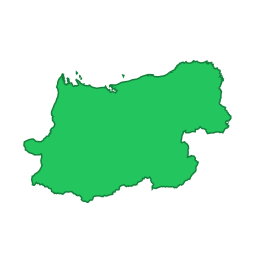 Bolaang Mongondow, Sulawesi Utara, Indonesia (Robinson projection), rotated 11°
{"feature_id": "22746128B99982169683342", "entity_name": "Bolaang Mongondow", "entity_type": "district", "adm_level": 2, "iso_a3": "IDN", "parent_name": "Indonesia", "parent_adm1": "Sulawesi Utara", "projection": "robinson", "projection_center": [124.032, 0.721], "detail": "fine", "context": "isolated", "style": "filled", "palette": "green", "viewbox_px": 256, "rotation_deg": 11, "n_neighbors": 0, "source": "geoboundaries", "source_scale": "gbopen_adm2", "svg_char_len": 5749}
<svg xmlns="http://www.w3.org/2000/svg" viewBox="0 0 256 256"><g transform="rotate(11 128 128)"><path d="M193.0,48.0L192.7,47.3L190.4,49.0L187.3,50.3L184.1,50.0L183.0,49.3L181.7,50.0L179.6,49.6L179.6,50.5L179.1,50.2L177.9,51.8L175.8,52.8L173.2,52.8L172.4,51.9L171.8,52.3L171.1,53.5L170.5,53.6L169.5,52.9L167.3,54.2L167.2,54.8L166.4,54.7L165.5,56.4L164.9,56.7L164.8,57.3L164.2,57.4L164.3,58.8L163.5,59.3L163.0,60.3L163.4,60.8L162.8,61.7L159.0,64.8L159.5,65.0L158.5,65.2L155.8,68.3L153.1,70.1L148.1,71.9L144.4,72.5L143.6,72.3L142.5,71.5L141.2,71.9L141.8,71.1L138.1,71.6L137.9,71.9L138.7,71.7L137.8,72.6L137.8,72.0L137.1,71.9L130.9,75.3L130.7,75.9L127.3,78.4L123.4,79.7L119.7,82.0L113.0,84.4L108.7,87.8L107.2,88.3L102.6,89.0L102.0,89.7L102.1,90.6L102.6,90.1L103.6,90.6L103.9,90.3L104.9,90.5L104.4,91.3L105.4,92.3L105.3,93.0L107.6,91.5L107.8,93.1L110.1,93.2L109.3,95.5L109.1,95.2L107.6,95.7L105.6,94.9L105.1,95.7L103.8,96.3L103.3,95.9L102.8,94.0L102.4,93.9L101.9,94.7L101.2,94.7L100.9,94.1L98.8,92.8L98.9,92.4L98.0,91.3L97.4,92.8L94.7,93.2L89.8,95.0L84.4,94.7L82.3,93.3L81.7,93.3L81.3,94.3L76.8,94.5L76.3,94.2L76.3,93.3L74.7,94.1L74.1,93.5L73.0,93.3L71.7,91.8L68.0,90.3L67.9,90.8L68.3,90.8L68.9,92.1L71.0,94.2L71.1,95.5L70.6,96.1L69.9,96.1L69.3,96.6L67.6,96.6L67.2,97.4L66.5,97.5L65.5,97.0L65.1,96.0L64.6,95.7L64.0,94.6L62.5,95.3L60.9,92.8L60.6,91.3L59.4,90.5L58.9,91.0L59.8,92.2L59.7,93.3L61.5,95.3L61.0,95.4L60.5,96.5L60.1,96.1L59.2,97.2L58.6,96.9L58.3,97.3L56.6,96.0L57.0,95.3L56.9,93.8L56.6,93.6L56.5,94.2L55.5,94.1L55.3,93.2L56.0,91.9L55.5,90.8L55.4,91.6L54.4,92.2L54.1,89.6L54.4,87.7L53.4,87.5L53.0,88.4L53.2,89.3L51.1,92.8L50.3,96.3L50.6,97.8L50.2,101.7L51.5,102.8L53.0,106.4L53.2,111.7L52.6,112.5L52.3,116.1L51.4,118.6L49.9,126.7L50.3,129.0L50.9,130.2L52.4,130.9L51.8,132.2L52.6,135.2L54.0,136.1L55.4,138.1L55.3,140.0L54.6,141.8L53.1,142.9L52.3,145.2L52.9,145.5L52.6,146.2L53.1,146.6L52.6,147.4L52.9,148.3L52.2,148.3L51.7,149.5L51.7,151.1L49.6,151.7L49.2,152.8L47.5,154.8L47.1,156.4L45.0,158.2L40.0,158.7L38.2,157.4L36.9,156.9L34.0,157.9L31.6,159.3L28.9,161.5L29.2,165.1L31.0,166.8L31.5,169.1L32.9,169.4L35.5,171.0L39.0,171.3L41.3,172.2L46.4,171.1L47.7,169.9L48.1,170.2L48.3,171.5L48.9,172.0L48.7,176.4L49.7,179.4L50.5,180.2L50.6,182.4L49.4,186.3L48.2,188.4L45.4,191.1L44.4,193.1L43.2,193.6L43.4,195.7L43.2,196.9L45.0,200.5L45.0,201.9L46.1,202.2L47.1,201.9L48.5,199.0L49.8,199.8L50.6,199.4L51.5,199.5L52.4,200.5L54.8,199.4L55.5,200.4L56.9,200.6L57.7,201.6L60.2,200.8L61.9,202.3L64.2,202.3L65.1,204.7L67.7,205.7L68.2,206.3L68.9,205.8L70.5,206.0L71.2,205.3L73.5,205.5L74.3,205.0L76.6,205.5L78.4,203.1L79.8,202.3L81.3,202.3L84.9,201.1L85.9,202.0L86.6,202.0L87.1,202.8L88.8,202.7L89.3,203.2L90.1,203.3L90.3,203.9L91.8,204.0L92.6,203.4L93.4,203.4L96.1,205.4L95.8,207.1L97.3,208.1L98.9,208.3L100.1,208.0L102.2,208.7L103.0,208.4L104.4,206.1L106.6,205.5L107.0,204.3L107.0,202.7L107.5,201.8L110.0,200.6L113.1,200.0L115.1,200.3L117.0,199.9L117.5,198.6L119.8,198.9L122.9,197.0L125.4,196.1L125.8,195.5L125.3,195.1L125.1,194.5L125.8,193.6L127.4,193.3L127.6,191.6L128.7,190.7L130.8,190.4L131.1,189.0L130.8,187.5L132.0,186.1L135.1,184.4L136.6,185.5L137.7,185.8L139.1,184.7L139.6,185.1L140.0,184.6L142.8,184.3L144.7,182.3L145.7,182.7L147.4,181.9L148.0,179.5L151.6,177.1L152.1,174.7L153.3,174.9L153.7,173.2L155.0,173.0L156.5,173.7L158.1,172.8L158.5,172.1L159.0,172.4L160.4,173.9L160.5,175.3L161.6,176.8L163.3,177.6L164.0,178.7L162.9,180.6L163.5,183.2L164.1,182.0L167.4,181.9L168.2,181.1L171.8,179.0L173.1,179.1L174.1,178.5L176.0,178.7L177.4,178.0L180.0,177.9L183.2,177.0L185.1,177.8L185.9,177.2L187.0,177.3L188.6,174.9L189.1,174.7L189.2,174.1L190.0,173.6L191.5,173.7L192.9,172.3L193.8,169.3L196.0,167.9L196.6,166.9L198.4,166.4L198.9,163.8L199.8,161.6L202.6,157.5L202.6,155.5L202.1,154.0L202.4,152.3L203.0,151.2L203.4,148.2L202.3,148.3L202.0,147.5L200.4,147.0L199.8,145.9L199.9,144.7L198.0,143.0L195.9,143.3L195.7,143.0L195.0,143.4L195.1,144.0L194.5,144.4L193.7,144.1L193.1,144.3L192.4,145.4L191.8,145.1L191.9,141.2L190.9,137.7L191.3,136.5L190.6,134.1L189.1,132.6L187.2,131.7L186.2,130.8L183.3,132.2L182.5,131.3L182.7,129.4L182.4,125.4L183.2,122.5L182.9,121.2L185.0,119.5L185.2,121.4L185.8,121.6L189.3,120.8L191.6,119.2L194.7,118.8L194.4,116.4L196.0,116.2L197.1,115.5L197.9,114.5L198.5,113.0L200.8,114.4L202.0,114.2L204.8,114.6L205.1,115.9L207.2,118.3L210.2,117.0L213.4,116.3L214.2,115.5L217.4,114.5L219.2,114.9L220.6,114.2L222.0,114.6L223.3,110.4L224.3,109.5L225.2,109.2L225.7,108.2L226.4,107.8L226.3,106.7L225.6,107.0L225.3,106.7L225.5,106.2L224.9,105.4L225.0,104.6L223.9,105.6L223.9,105.0L222.8,104.5L222.9,102.8L223.5,102.0L224.6,102.3L225.8,101.6L226.2,100.9L226.0,100.3L226.8,99.8L227.1,98.6L226.5,96.6L225.6,96.5L225.0,95.6L224.0,95.5L223.9,94.9L223.0,93.8L222.2,93.4L221.7,92.3L219.7,91.4L219.5,90.5L219.8,89.3L216.0,88.5L214.8,87.6L213.6,87.3L212.9,86.2L213.3,83.6L212.8,82.7L213.5,80.9L212.8,77.5L212.8,74.4L212.1,74.1L212.2,73.6L211.6,73.3L211.3,72.4L210.8,72.6L209.9,71.9L210.1,70.2L210.7,69.1L210.7,67.2L211.1,66.9L210.9,66.4L211.3,65.8L210.9,64.4L211.4,64.2L211.4,63.3L212.3,63.4L212.4,63.0L212.1,62.6L212.2,61.7L210.8,61.9L211.4,61.1L210.8,60.1L210.3,60.8L209.4,60.0L208.4,60.2L209.4,58.8L208.7,58.9L208.9,57.3L208.2,57.4L207.5,56.6L207.7,55.1L207.2,53.8L206.1,53.9L204.4,53.0L204.3,52.2L203.1,52.5L202.2,53.3L201.2,52.9L200.5,51.8L199.8,51.3L199.4,50.5L199.5,49.5L198.6,49.9L197.7,49.0L198.0,48.2L197.5,47.7L195.6,48.6L194.5,48.4L194.8,49.4L194.5,49.7L193.0,49.6L192.7,48.8L193.0,48.0ZM67.8,83.7L66.8,83.0L67.0,84.4L67.4,84.7L67.8,83.7ZM113.9,77.2L112.9,77.1L113.7,78.3L113.9,77.2ZM71.0,87.0L71.3,86.5L70.7,86.0L70.6,86.3L71.0,87.0ZM72.6,88.1L72.5,88.8L72.8,88.8L72.9,88.4L72.6,88.1Z" fill="#22c55e" stroke="#15803d" stroke-width="1.5"/></g></svg>